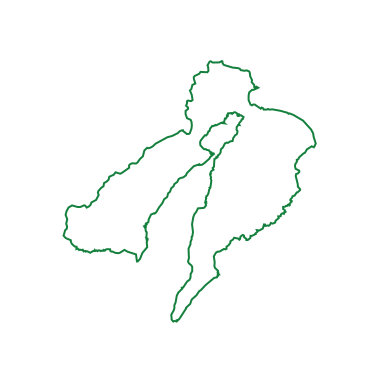 Kota Ambon, Maluku, Indonesia (Albers equal-area conic projection), rotated 334°
{"feature_id": "22746128B58388026658287", "entity_name": "Kota Ambon", "entity_type": "district", "adm_level": 2, "iso_a3": "IDN", "parent_name": "Indonesia", "parent_adm1": "Maluku", "projection": "albers", "projection_center": [128.177, -3.684], "detail": "fine", "context": "isolated", "style": "outline", "palette": "green", "viewbox_px": 384, "rotation_deg": 334, "n_neighbors": 0, "source": "geoboundaries", "source_scale": "gbopen_adm2", "svg_char_len": 6086}
<svg xmlns="http://www.w3.org/2000/svg" viewBox="0 0 384 384"><g transform="rotate(334 192 192)"><path d="M297.2,127.3L296.1,125.6L294.1,125.7L293.9,125.2L294.8,123.2L293.8,119.4L295.0,117.7L295.0,113.7L296.3,109.8L296.2,108.7L294.5,106.7L292.2,106.0L289.2,103.8L289.0,102.2L287.6,100.8L283.1,98.0L277.3,92.7L276.2,91.5L276.0,89.3L276.6,87.9L276.2,87.4L273.4,87.5L267.3,84.7L266.1,82.7L264.9,82.6L261.4,85.0L261.4,86.4L259.9,90.3L258.3,91.1L252.3,87.8L250.4,88.9L245.2,88.9L243.9,89.6L243.2,91.4L242.5,96.0L239.3,95.9L236.6,99.1L234.6,99.9L234.4,104.5L232.8,109.6L231.0,109.9L228.5,108.1L227.3,108.2L226.4,110.2L224.5,111.9L225.4,114.3L224.9,115.6L221.8,116.3L220.4,119.1L219.9,123.5L222.4,126.5L222.3,128.7L221.2,131.8L219.4,134.7L215.8,138.2L214.7,138.4L212.9,137.7L210.7,133.2L210.9,132.5L209.5,132.1L207.5,132.0L205.0,132.9L198.6,132.9L193.9,132.0L180.5,132.6L176.6,133.8L174.0,133.9L172.1,133.6L171.1,132.6L167.4,133.8L163.5,138.4L159.7,139.5L155.8,141.7L154.0,141.8L150.9,140.0L148.6,139.9L147.2,140.4L146.1,142.7L137.2,144.1L135.5,144.1L131.9,140.8L129.1,142.2L124.4,142.0L122.5,144.3L119.9,145.2L116.9,145.4L114.9,148.1L112.4,148.4L108.4,150.0L107.1,151.4L106.8,153.8L102.3,157.1L97.0,157.3L95.3,159.0L93.3,159.8L90.5,159.8L90.1,157.6L89.3,156.7L85.0,156.5L82.6,155.3L78.3,151.5L74.3,151.8L71.0,154.1L68.4,157.1L67.9,161.8L65.0,165.4L64.6,168.2L63.4,170.1L61.2,170.8L57.4,175.0L58.4,178.2L61.9,182.2L61.3,183.8L61.3,186.0L62.6,189.4L64.2,190.6L63.1,192.5L64.4,192.6L65.0,194.6L65.9,194.6L67.6,196.0L68.5,196.0L68.6,197.9L69.9,198.1L70.6,198.5L70.5,199.0L72.0,199.5L73.9,202.0L77.5,201.7L78.4,202.3L79.2,201.6L79.4,202.6L80.6,202.7L81.1,203.7L82.0,203.4L83.3,203.9L84.0,205.1L85.6,205.2L86.2,205.9L87.3,205.4L87.9,206.5L89.2,205.9L90.7,206.2L93.3,207.6L92.8,209.1L93.3,210.2L94.6,210.8L96.3,213.0L99.0,214.7L100.7,215.0L105.9,214.4L107.9,217.4L114.3,223.5L112.1,230.3L112.7,230.6L115.9,229.4L120.6,225.1L127.6,221.9L129.2,217.4L131.4,215.1L131.6,214.3L130.9,213.7L131.0,215.1L130.3,215.0L130.6,213.7L133.7,208.3L133.3,207.1L134.2,204.2L134.0,202.6L135.1,203.3L135.6,202.1L135.2,201.6L136.2,201.5L136.0,200.8L136.4,201.4L136.8,201.3L136.4,200.5L136.7,200.1L139.4,200.1L141.1,197.6L145.3,194.3L148.7,194.5L149.0,195.0L150.8,194.6L155.8,191.3L160.4,189.1L163.8,186.3L167.5,185.6L170.0,182.7L172.2,182.2L175.2,179.4L177.9,178.8L179.5,177.2L183.2,176.5L185.7,174.5L187.8,174.4L190.5,175.0L193.8,174.4L195.7,172.8L204.9,169.6L208.8,170.0L209.9,170.8L210.7,170.2L211.3,171.3L212.8,171.9L215.7,171.5L222.4,169.6L223.5,168.6L228.4,167.4L228.3,166.7L225.7,166.4L225.6,165.2L226.7,164.8L225.6,163.3L225.7,162.2L223.6,160.5L223.2,159.5L221.7,158.9L220.9,157.0L220.0,153.6L221.1,150.8L222.5,149.5L228.1,146.8L228.8,146.7L229.4,147.4L231.2,146.7L233.3,144.7L234.4,144.9L236.1,142.9L239.2,141.5L239.9,142.1L242.4,142.0L242.6,142.6L243.4,142.7L248.4,142.6L251.3,144.5L250.6,143.1L251.4,143.3L253.8,140.4L254.6,140.9L256.6,139.6L257.3,139.6L257.8,138.9L257.1,138.5L258.8,137.1L261.8,138.2L262.5,138.6L261.9,138.9L262.4,139.4L264.5,138.8L265.7,139.2L267.5,142.1L266.4,142.8L266.4,143.6L267.2,144.1L268.1,143.6L268.0,144.2L269.5,144.3L271.2,147.2L269.8,148.6L268.5,148.5L267.9,149.4L264.9,150.6L264.0,151.7L264.0,152.6L263.0,151.9L260.5,153.4L259.3,155.7L259.6,157.2L258.6,158.7L257.4,159.8L255.7,159.9L252.6,161.7L250.8,164.0L248.8,163.3L245.9,163.6L245.1,162.9L242.8,162.8L239.3,165.5L236.7,166.3L235.0,169.0L232.9,170.3L231.6,170.3L230.2,171.9L229.3,172.0L229.1,171.4L228.3,172.2L226.6,172.2L222.8,178.9L221.1,179.5L221.1,181.4L218.8,181.6L217.3,182.5L217.0,183.9L216.0,183.9L215.5,187.3L214.7,188.1L214.5,190.0L213.5,191.6L210.7,195.7L210.0,195.8L210.2,196.2L208.6,197.3L205.9,200.7L203.9,202.1L203.4,201.9L201.9,203.3L202.0,203.9L200.2,206.1L200.4,206.8L199.6,207.0L199.9,207.8L199.2,207.7L198.9,210.0L196.4,211.4L195.4,211.4L190.2,209.3L187.0,211.8L184.6,212.9L182.2,215.1L177.9,221.0L175.3,228.5L172.8,232.0L172.1,232.1L171.0,234.3L168.7,236.3L167.9,238.1L164.0,241.5L160.3,250.0L158.0,252.7L157.9,254.6L159.3,257.8L159.4,259.3L157.4,263.4L154.9,265.0L153.1,268.3L151.3,269.8L148.4,270.3L142.3,273.9L140.9,273.6L140.8,274.6L135.6,276.4L132.8,278.6L128.9,284.0L126.4,286.2L125.3,288.6L123.9,290.2L119.6,293.2L117.8,297.8L118.4,300.2L119.2,300.1L121.5,301.4L122.2,301.3L122.2,300.6L123.4,300.7L123.1,301.1L125.0,300.5L135.8,294.0L136.0,293.4L141.3,291.8L144.6,288.5L150.7,286.8L155.2,284.2L156.6,284.2L163.5,281.6L174.2,278.9L177.0,279.6L177.6,278.8L178.8,278.7L179.0,277.5L180.1,277.9L179.8,276.3L180.3,275.8L179.9,275.3L180.8,274.2L179.4,270.3L179.6,268.5L181.6,265.0L183.4,259.4L187.0,257.0L188.6,256.8L190.7,257.6L195.8,257.2L196.9,258.2L198.1,258.2L199.0,256.3L201.5,255.9L204.2,254.5L204.9,253.1L208.0,252.7L209.8,251.6L213.2,254.2L213.6,255.6L214.4,255.4L216.0,253.4L218.8,252.8L219.6,254.0L219.0,255.4L220.3,257.9L219.8,259.0L221.2,259.6L224.3,258.9L225.4,257.1L226.3,257.7L230.8,257.7L230.8,257.1L233.6,256.3L233.6,254.7L235.7,256.1L239.6,255.9L242.5,252.7L243.4,253.3L243.0,254.6L245.6,255.4L246.2,256.0L247.9,255.6L249.3,254.4L250.7,255.8L253.4,255.9L254.6,254.4L258.5,253.5L258.8,251.7L261.1,252.6L262.2,251.1L264.0,250.8L265.0,251.9L266.3,250.4L267.1,250.6L267.5,251.7L267.3,248.6L266.5,247.2L267.3,245.4L269.5,246.0L270.5,245.7L271.2,246.2L272.3,245.7L272.9,246.2L272.9,245.6L273.8,245.6L274.4,246.1L274.6,245.3L277.5,244.3L277.7,243.7L276.7,242.7L277.1,241.9L279.5,240.9L280.5,239.9L282.7,240.2L285.9,238.3L286.7,238.6L289.8,237.7L290.4,237.0L289.5,233.6L290.5,231.3L292.2,223.3L293.3,221.6L295.5,221.7L297.2,221.0L297.7,219.8L295.3,216.5L295.9,213.8L297.0,212.3L299.6,210.7L300.3,209.0L301.8,209.2L303.5,207.8L309.1,206.2L310.8,206.2L313.9,204.1L319.6,203.4L321.1,205.2L322.6,204.3L324.5,202.6L325.5,195.8L326.6,192.3L326.4,187.9L323.1,176.5L317.0,167.3L314.1,164.1L313.0,164.0L312.7,162.8L307.1,157.8L300.4,152.9L297.5,151.8L296.8,150.7L295.3,150.7L292.5,149.3L292.7,148.1L291.6,146.7L290.3,147.2L286.7,140.9L285.4,140.2L283.9,140.4L282.9,139.1L283.2,134.1L285.3,129.9L287.2,127.5L290.8,126.5L292.3,127.2L297.2,127.3Z" fill="none" stroke="#15803d" stroke-width="2"/></g></svg>